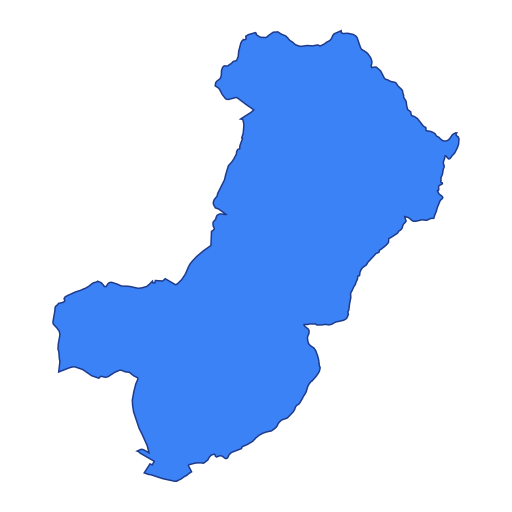 Corrales, Boyacá, Colombia
{"feature_id": "7082276B21264434170875", "entity_name": "Corrales", "entity_type": "district", "adm_level": 2, "iso_a3": "COL", "parent_name": "Colombia", "parent_adm1": "Boyacá", "projection": "mercator", "projection_center": [-72.84, 5.824], "detail": "fine", "context": "isolated", "style": "filled", "palette": "blue", "viewbox_px": 512, "rotation_deg": 0, "n_neighbors": 0, "source": "geoboundaries", "source_scale": "gbopen_adm2", "svg_char_len": 5985}
<svg xmlns="http://www.w3.org/2000/svg" viewBox="0 0 512 512"><path d="M456.7,132.9L455.4,132.9L452.5,134.6L449.7,138.7L447.8,140.3L445.9,141.0L444.2,141.0L442.5,140.5L440.5,139.0L438.9,137.3L436.4,136.0L435.1,133.8L433.4,132.6L430.6,131.4L426.4,130.7L426.0,130.4L425.9,129.6L426.0,128.0L425.7,127.4L424.3,126.8L422.4,125.1L422.3,124.7L417.4,118.5L414.2,116.4L411.9,115.8L411.1,114.4L410.6,111.7L407.7,109.6L406.8,106.3L406.1,101.3L403.7,97.4L403.6,95.2L402.8,92.8L402.5,90.7L401.8,89.6L397.7,85.7L396.3,83.3L395.6,82.7L394.9,82.3L390.8,81.5L388.4,80.2L385.1,79.0L384.3,78.1L380.7,71.0L377.0,67.7L376.2,67.1L375.3,67.0L371.6,67.5L371.2,65.4L371.7,64.0L371.9,61.9L371.5,60.0L370.7,57.8L367.9,53.8L366.7,52.6L361.2,49.0L360.2,46.7L357.5,38.7L356.9,37.3L355.7,35.9L353.1,34.4L347.9,33.3L343.0,33.5L341.9,33.0L341.3,32.3L341.2,30.7L334.2,33.8L332.7,35.6L331.7,38.2L330.0,40.4L326.1,42.5L325.1,43.5L321.3,45.5L320.0,46.0L318.1,45.0L317.1,45.0L312.7,45.9L307.3,45.5L301.8,46.3L299.9,46.3L295.4,44.7L292.4,42.0L290.2,40.7L288.5,39.1L288.0,38.2L285.8,36.0L281.4,34.2L277.9,31.9L273.2,32.2L268.2,35.7L266.8,37.1L265.4,37.5L261.0,37.3L259.5,36.8L256.3,34.6L256.1,33.2L255.4,32.6L248.8,34.5L246.0,36.0L245.7,36.7L246.0,37.8L246.0,39.1L244.6,39.8L243.3,39.5L243.2,40.1L242.0,40.9L240.9,42.9L238.7,51.1L238.2,56.6L236.7,60.2L236.1,60.7L233.2,61.5L231.2,63.6L229.1,64.8L228.1,65.8L227.2,66.0L224.3,65.9L223.4,66.4L222.6,67.4L221.5,70.4L221.3,75.3L220.4,78.2L219.9,78.8L216.8,81.2L215.7,82.7L215.5,83.8L215.2,85.9L218.3,87.9L219.4,89.1L222.2,94.4L225.5,98.7L226.9,99.4L228.8,99.4L235.9,97.5L237.1,97.7L246.5,104.8L253.8,109.9L251.1,112.3L240.6,119.0L242.6,119.4L243.0,120.1L243.8,124.0L243.8,126.6L243.1,133.6L241.7,137.9L242.5,138.5L240.1,145.1L239.8,146.7L239.7,148.8L237.9,149.4L237.4,150.0L236.6,151.8L236.4,154.0L233.6,159.3L231.6,162.2L228.4,165.7L225.6,175.0L224.5,179.8L218.1,192.6L217.3,194.8L217.2,196.0L214.7,199.0L213.9,200.3L213.4,202.0L213.3,203.7L213.8,205.1L215.4,207.9L218.6,209.0L226.2,214.5L225.9,214.6L220.6,213.9L219.3,214.1L217.8,214.9L217.1,215.3L216.8,215.9L216.0,217.7L215.8,219.1L213.5,221.6L213.1,222.4L213.0,224.3L213.3,226.2L214.2,228.2L214.3,229.0L213.5,230.0L211.5,231.4L210.9,245.5L203.4,250.8L196.8,256.4L192.5,260.9L190.1,263.9L188.7,266.4L185.3,274.2L183.4,277.1L181.7,279.6L177.8,283.5L175.7,284.8L165.2,278.7L162.7,281.0L155.3,280.5L155.0,282.8L153.0,282.9L152.5,281.1L149.4,284.2L146.7,286.5L141.6,287.9L138.1,288.3L131.1,286.7L127.7,286.2L121.7,286.1L117.2,284.1L111.6,282.3L109.7,282.5L108.3,283.3L106.0,286.6L104.3,286.5L103.4,285.1L101.2,282.7L97.5,281.2L96.7,282.0L93.7,282.7L91.9,283.8L88.6,286.4L84.6,288.7L83.8,288.8L81.0,290.2L75.3,292.0L67.0,295.8L64.9,297.1L64.1,298.6L64.2,299.3L64.7,299.9L64.8,300.9L64.2,301.6L62.1,302.7L58.5,303.4L57.9,304.4L55.6,306.4L55.2,307.1L54.7,311.9L53.0,321.4L53.0,323.0L53.4,324.2L57.1,328.2L59.3,331.4L59.7,333.3L59.9,334.9L58.3,343.9L58.0,349.0L58.9,352.2L59.3,358.4L59.9,361.6L58.7,372.0L68.8,368.0L72.2,367.0L74.8,366.8L82.3,369.4L84.0,370.4L91.6,375.7L98.8,378.2L100.5,376.5L101.2,376.3L104.8,377.2L106.2,377.2L108.4,376.5L114.4,372.5L119.7,370.2L121.2,370.2L125.2,371.8L129.3,372.3L133.7,375.8L137.7,377.8L137.8,378.6L137.6,379.8L135.7,384.2L133.8,391.8L132.3,400.2L132.6,405.2L133.6,411.9L139.1,428.3L142.0,434.1L147.2,445.6L149.0,452.8L144.4,450.2L142.2,449.3L140.5,449.5L137.2,451.1L138.2,451.4L140.4,453.3L154.3,461.3L152.2,464.9L150.0,463.9L144.2,472.9L148.8,474.5L150.4,474.6L162.9,478.7L175.0,481.3L177.1,481.1L177.1,480.8L180.7,479.2L185.5,475.8L186.0,475.9L189.5,473.1L191.6,471.8L188.5,465.8L188.5,465.2L189.0,464.7L195.7,463.0L200.4,462.8L203.6,463.2L207.7,460.1L209.3,457.2L211.0,455.3L213.5,454.3L214.3,454.2L214.9,454.6L215.4,456.2L216.6,457.0L219.5,455.8L221.4,455.9L222.5,456.3L224.8,458.2L226.2,458.6L227.2,458.2L228.1,457.0L228.7,455.3L229.6,454.2L231.6,452.4L241.2,448.7L241.7,448.1L241.8,447.4L242.4,446.6L247.2,444.6L252.7,441.3L256.0,437.8L259.0,435.3L261.2,434.1L262.9,433.2L266.7,431.9L271.1,431.0L272.0,430.5L274.4,428.8L276.1,427.3L277.2,425.8L278.0,423.9L279.0,422.5L280.9,420.6L282.3,419.7L286.9,418.2L287.6,417.7L293.1,412.0L294.8,409.2L295.1,407.9L295.9,406.3L297.1,405.1L298.8,404.1L299.8,402.9L302.7,398.0L303.1,396.7L304.6,394.7L306.2,391.8L307.8,386.3L308.9,384.3L311.1,381.4L311.8,381.2L316.4,376.0L318.7,372.5L319.5,370.9L320.1,368.0L320.0,367.1L319.1,365.1L319.2,363.2L318.8,362.1L318.8,360.5L317.7,356.1L315.7,350.6L313.9,348.0L310.4,345.7L308.9,344.0L308.4,342.9L307.9,341.4L307.4,337.8L307.8,336.0L308.9,333.6L309.1,331.0L308.4,329.2L304.9,326.4L304.2,325.4L304.1,324.5L307.8,324.5L309.7,323.9L313.7,324.0L315.3,323.8L316.6,324.9L317.2,325.0L321.6,324.9L325.6,324.4L328.8,324.9L331.6,324.3L335.5,322.1L343.5,320.3L345.7,319.1L346.8,318.1L348.4,314.4L347.8,311.7L348.8,310.2L349.6,303.5L350.8,297.7L350.6,294.2L351.0,292.4L351.9,291.0L353.9,286.5L355.3,284.6L355.9,282.5L357.4,279.3L357.8,276.1L358.2,275.8L359.3,275.8L359.6,275.4L360.0,272.0L361.2,269.5L362.6,267.6L366.4,264.9L367.8,262.4L376.1,253.4L378.4,252.6L379.2,251.9L379.4,250.2L381.3,249.1L386.0,245.3L388.5,242.5L388.8,238.5L390.6,237.7L397.2,233.4L397.9,232.7L398.6,231.3L400.8,229.8L402.0,228.4L403.2,224.5L404.0,223.5L404.9,222.8L406.1,221.1L404.8,217.2L404.7,216.5L407.9,217.4L409.6,218.4L411.9,220.5L413.1,221.1L414.6,221.3L416.5,221.1L422.0,219.8L426.3,220.3L427.0,220.2L430.6,218.5L433.8,218.3L434.5,215.8L436.4,211.0L437.3,207.6L440.0,201.0L440.8,199.9L442.3,198.6L442.8,197.7L442.7,197.2L441.9,196.1L439.0,193.9L437.4,190.7L437.7,190.3L438.4,190.4L438.8,189.8L438.6,186.8L438.9,185.7L442.2,184.0L442.4,183.6L442.3,182.9L440.9,182.3L440.8,181.4L441.1,180.4L440.9,179.1L441.1,177.4L442.4,174.4L443.3,169.1L444.1,167.1L444.2,165.7L443.5,164.3L443.4,161.7L444.7,158.3L445.0,156.0L445.8,155.8L448.5,158.9L449.5,158.8L450.6,158.0L451.9,156.0L454.7,153.0L457.3,147.9L458.6,144.2L459.0,138.9L458.2,136.9L456.4,135.6L456.1,135.0L456.2,133.7L456.7,132.9Z" fill="#3b82f6" stroke="#1e3a8a" stroke-width="1.5"/></svg>